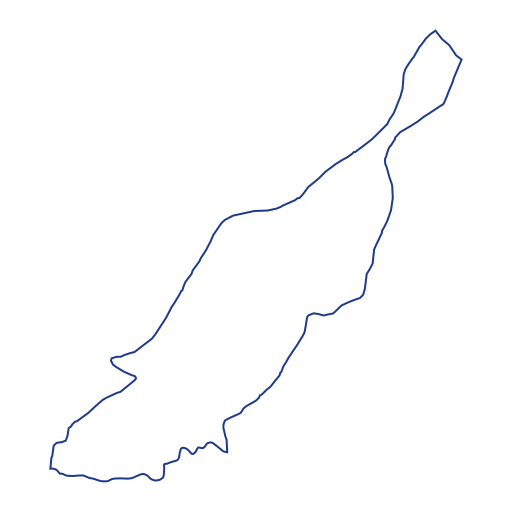 Nuevo Progreso, San Marcos, Guatemala (Robinson projection)
{"feature_id": "79465075B31379081578596", "entity_name": "Nuevo Progreso", "entity_type": "district", "adm_level": 2, "iso_a3": "GTM", "parent_name": "Guatemala", "parent_adm1": "San Marcos", "projection": "robinson", "projection_center": [-91.918, 14.815], "detail": "fine", "context": "isolated", "style": "outline", "palette": "blue", "viewbox_px": 512, "rotation_deg": 0, "n_neighbors": 0, "source": "geoboundaries", "source_scale": "gbopen_adm2", "svg_char_len": 3613}
<svg xmlns="http://www.w3.org/2000/svg" viewBox="0 0 512 512"><path d="M227.2,452.2L226.6,439.8L225.4,436.4L223.4,427.8L223.5,424.4L224.3,422.0L225.3,420.3L227.1,419.3L231.2,417.3L238.8,413.9L240.7,412.9L243.5,408.5L246.5,406.0L255.9,400.7L258.9,397.8L260.1,395.2L261.7,394.6L266.8,389.6L270.5,386.7L275.0,380.9L279.5,375.5L280.3,372.7L281.5,371.6L283.1,366.9L286.3,361.7L288.8,357.3L295.5,347.3L296.7,345.7L302.4,336.4L304.5,332.5L305.7,326.0L307.1,317.3L308.6,315.2L313.8,313.3L319.1,314.2L323.6,315.5L326.7,314.7L333.1,313.5L341.6,305.4L348.3,302.3L353.6,300.2L360.1,297.9L363.2,294.7L364.9,288.7L366.7,274.0L370.0,268.7L372.7,263.3L374.1,249.6L375.6,246.1L381.8,233.0L382.1,230.7L384.3,226.9L387.2,221.1L391.0,210.3L392.8,197.9L392.2,185.9L391.5,183.1L389.6,177.9L387.4,169.9L386.4,166.4L385.3,164.1L385.0,161.0L385.2,158.4L385.9,157.2L387.5,151.7L389.1,147.5L391.3,144.9L394.8,139.4L395.2,137.6L400.1,132.2L410.8,125.9L418.1,121.3L421.7,118.4L424.2,116.5L427.8,114.3L439.8,106.3L443.0,104.4L444.0,103.0L444.7,101.4L447.1,95.9L447.8,93.6L452.6,82.1L453.7,78.3L456.3,72.1L461.6,59.5L456.1,55.4L449.3,45.2L442.2,39.3L435.5,30.7L430.0,34.5L425.8,38.7L420.6,45.7L419.6,46.7L413.8,56.9L412.5,58.4L408.7,63.8L405.4,69.1L403.7,74.3L402.6,88.7L400.9,94.7L400.7,95.8L394.1,112.3L393.0,114.4L389.5,119.5L387.3,124.1L372.1,139.1L365.2,144.5L355.2,152.0L353.7,152.1L352.6,153.4L347.8,156.9L341.7,160.3L335.6,164.1L331.8,167.0L325.6,171.6L318.8,178.4L308.2,187.1L303.3,193.8L301.6,195.8L299.4,198.0L297.3,198.3L295.2,200.1L283.0,205.5L281.8,206.2L280.5,207.0L278.1,207.9L276.9,208.5L267.7,210.5L254.3,211.0L249.4,212.1L233.1,215.6L224.9,219.9L221.4,223.2L213.3,235.0L210.6,241.4L206.4,249.4L204.1,253.2L200.7,258.3L199.5,261.2L192.8,270.3L191.5,273.9L185.7,281.5L183.8,285.7L182.4,290.2L181.1,291.2L179.2,295.0L174.6,302.6L171.5,307.3L166.5,317.0L162.1,324.0L161.1,325.4L155.2,334.5L151.9,338.7L146.4,342.9L134.4,352.1L130.5,353.0L124.8,354.9L120.6,356.8L116.6,356.8L111.7,358.3L110.9,360.6L113.0,364.6L115.1,366.3L123.7,371.6L132.0,375.3L134.6,376.0L136.0,377.8L135.5,379.4L131.9,382.5L120.5,391.8L116.7,393.0L106.7,397.6L102.7,399.9L95.7,406.0L88.4,412.8L83.8,416.2L82.7,417.0L78.1,420.4L76.9,421.2L74.9,421.8L72.2,424.4L71.2,426.3L68.7,428.1L67.5,435.8L65.7,440.7L61.8,442.1L56.5,442.9L53.7,445.7L52.2,456.3L51.4,457.7L50.4,468.7L51.6,468.5L52.6,468.6L54.7,469.0L55.8,469.5L57.4,470.7L58.4,472.0L59.9,473.7L61.6,473.6L63.2,474.1L64.9,475.0L66.2,475.5L67.8,475.8L72.9,476.0L79.2,475.5L81.8,475.4L83.5,475.6L84.5,475.9L86.1,476.6L88.7,477.7L90.1,478.1L91.8,478.4L92.9,478.6L94.4,479.0L96.4,479.7L98.1,480.3L99.5,480.7L101.1,481.2L104.1,481.3L106.7,481.3L108.4,480.9L110.7,479.6L112.5,478.9L114.5,478.6L118.3,478.4L122.4,478.4L125.7,478.6L128.6,478.6L130.9,478.3L133.8,477.4L135.0,476.8L139.0,475.1L140.0,474.6L141.6,474.2L143.3,473.9L146.1,474.8L147.7,475.9L149.4,477.6L150.6,478.7L151.5,479.3L152.8,479.8L154.2,480.3L155.3,480.5L157.0,480.4L158.9,480.0L160.4,479.5L161.5,478.7L163.1,477.4L163.8,475.1L164.2,468.8L164.1,467.0L164.1,465.5L164.1,464.4L165.7,463.7L166.7,463.8L171.1,462.1L174.0,461.3L176.6,460.5L177.5,460.0L178.6,458.5L179.1,457.1L179.4,455.3L179.6,453.4L180.1,451.5L180.5,450.0L180.9,448.9L182.0,447.9L183.6,447.8L185.0,448.1L186.7,448.9L188.8,450.7L190.3,452.3L191.1,453.2L191.8,453.9L193.3,453.9L194.8,452.8L196.1,451.1L196.9,449.2L198.1,447.6L199.2,447.5L201.2,448.0L203.0,448.1L204.6,446.9L205.6,445.5L206.6,443.9L208.0,443.0L209.9,442.5L211.2,442.4L213.1,443.2L215.3,444.9L219.5,448.2L221.3,449.7L222.2,450.6L223.5,451.4L224.8,451.8L227.2,452.2Z" fill="none" stroke="#1e3a8a" stroke-width="2"/></svg>